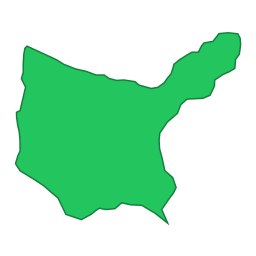 Mandria Pafou, Paphos, Cyprus
{"feature_id": "46923920B21655614517489", "entity_name": "Mandria Pafou", "entity_type": "district", "adm_level": 2, "iso_a3": "CYP", "parent_name": "Cyprus", "parent_adm1": "Paphos", "projection": "robinson", "projection_center": [32.541, 34.713], "detail": "fine", "context": "isolated", "style": "filled", "palette": "green", "viewbox_px": 256, "rotation_deg": 0, "n_neighbors": 0, "source": "geoboundaries", "source_scale": "gbopen_adm2", "svg_char_len": 1153}
<svg xmlns="http://www.w3.org/2000/svg" viewBox="0 0 256 256"><path d="M15.4,163.5L20.2,170.9L33.3,178.9L43.7,185.7L51.0,192.1L58.1,198.1L65.9,214.4L81.4,219.6L91.3,214.2L95.8,210.5L99.4,208.2L105.4,209.5L114.9,208.7L121.7,202.8L130.8,204.8L141.8,205.3L154.9,213.1L167.7,223.2L167.5,222.7L161.7,209.5L169.0,198.9L173.2,193.4L176.1,187.5L172.7,177.6L164.8,170.6L162.2,158.5L159.6,148.9L159.1,140.3L159.8,133.1L167.2,122.2L177.4,113.4L180.8,104.6L187.0,99.1L203.0,98.3L210.1,95.2L214.5,85.9L214.5,84.9L214.7,80.0L223.1,74.4L229.3,71.7L234.8,68.4L235.6,59.3L239.3,54.3L240.3,47.0L240.6,44.5L240.1,38.2L237.8,33.8L230.4,33.0L227.9,32.8L219.0,33.6L213.0,41.4L204.1,42.9L201.8,45.5L198.3,52.2L191.9,52.2L187.4,54.8L179.4,59.8L173.9,64.4L172.9,68.4L171.0,73.9L167.2,78.4L164.2,82.8L158.0,87.3L151.3,88.5L138.7,85.0L135.2,81.7L124.1,80.0L116.4,80.4L108.9,78.4L104.2,75.0L96.0,75.0L86.3,71.4L75.4,68.9L63.7,64.3L56.2,59.6L27.1,46.2L24.9,48.3L23.8,54.6L23.2,64.4L23.3,72.0L21.4,78.8L25.6,87.1L20.1,110.6L16.5,112.3L16.6,117.4L17.7,125.0L19.3,132.4L20.0,140.3L20.1,150.9L17.9,155.8L15.5,163.6L15.4,163.5Z" fill="#22c55e" stroke="#15803d" stroke-width="1.5"/></svg>